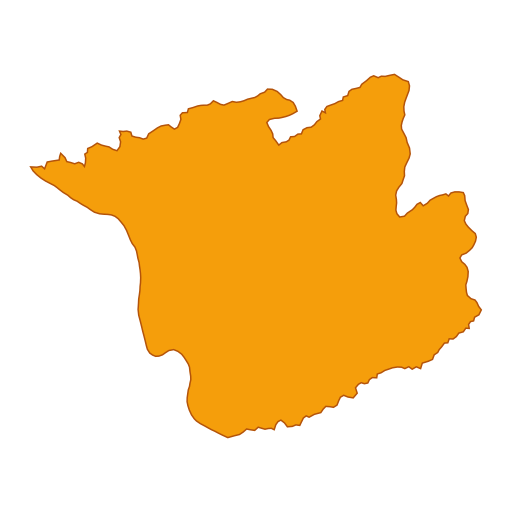 the district of Ibiaí, Minas Gerais, Brazil
{"feature_id": "56859067B65559545591496", "entity_name": "Ibiaí", "entity_type": "district", "adm_level": 2, "iso_a3": "BRA", "parent_name": "Brazil", "parent_adm1": "Minas Gerais", "projection": "mercator", "projection_center": [-44.794, -16.832], "detail": "fine", "context": "isolated", "style": "filled", "palette": "amber", "viewbox_px": 512, "rotation_deg": 0, "n_neighbors": 0, "source": "geoboundaries", "source_scale": "gbopen_adm2", "svg_char_len": 4819}
<svg xmlns="http://www.w3.org/2000/svg" viewBox="0 0 512 512"><path d="M227.8,437.6L234.2,435.8L239.5,434.5L243.1,432.1L246.6,429.0L250.0,429.7L254.7,430.4L258.2,427.2L261.8,428.3L265.0,429.2L268.2,428.5L271.3,428.3L274.2,429.7L275.8,424.7L278.0,421.6L280.9,420.1L284.5,422.9L287.4,426.8L292.3,426.4L295.9,424.9L299.8,425.4L301.3,422.2L303.4,418.0L306.2,415.9L309.1,417.2L314.4,414.3L320.8,412.6L323.2,409.1L325.8,406.4L329.9,406.7L333.5,407.3L337.0,405.1L338.8,400.5L340.4,397.2L343.7,395.3L347.9,397.0L353.2,397.9L357.2,393.2L355.5,387.8L358.4,384.3L361.2,382.7L364.4,383.7L367.8,383.0L369.4,379.6L372.3,377.6L376.7,377.8L377.3,374.0L381.0,372.8L384.9,370.4L388.5,369.2L392.5,367.8L397.4,367.0L401.6,367.2L404.8,368.6L408.8,366.7L412.2,369.2L416.3,366.8L420.6,368.6L422.3,363.1L428.2,361.3L432.5,359.4L434.2,354.8L437.7,352.5L439.2,349.6L441.6,346.9L444.4,343.1L447.8,342.8L449.2,338.8L453.1,339.0L456.4,336.5L458.8,333.1L463.3,331.8L465.8,328.2L469.2,328.4L468.6,324.4L470.5,321.6L473.6,320.9L474.6,317.2L478.9,314.8L481.3,309.9L478.6,306.3L477.0,302.7L475.0,300.0L471.0,298.7L467.4,295.5L466.5,292.3L466.1,288.7L465.8,284.9L466.9,281.4L467.9,276.7L468.2,271.5L467.0,267.3L464.8,264.3L461.7,261.7L459.9,258.0L461.7,254.9L466.2,253.1L469.6,250.3L472.2,247.7L473.8,244.9L475.5,241.2L476.3,237.2L475.3,233.6L471.9,230.7L468.3,227.1L465.9,224.1L464.3,220.7L465.3,216.3L467.8,213.5L468.4,209.5L466.7,205.1L465.1,200.6L464.7,195.7L463.3,192.6L459.2,191.9L454.7,191.9L450.9,193.0L448.5,196.0L445.9,193.9L442.6,194.9L439.6,195.5L436.4,196.7L432.9,198.6L430.1,200.2L427.4,203.2L423.2,205.8L420.3,202.5L417.0,204.3L414.8,207.2L412.4,209.7L407.3,213.1L404.5,216.2L399.7,217.0L396.9,213.7L395.9,210.2L396.2,206.3L396.6,203.0L396.4,199.5L395.7,195.1L396.6,190.9L398.8,187.3L401.9,183.5L403.3,179.2L404.5,175.8L404.3,171.4L404.8,167.0L406.7,162.9L409.1,158.0L410.2,153.9L409.5,148.0L407.1,142.3L406.1,137.7L404.0,133.6L401.6,129.1L401.3,125.5L402.1,121.8L403.3,118.3L404.8,114.9L404.0,111.1L403.8,106.7L404.7,102.1L406.1,98.2L407.5,94.5L409.0,90.5L409.5,85.9L408.3,81.6L402.8,79.8L399.2,77.4L394.5,74.4L389.9,75.3L385.2,76.4L381.3,76.2L378.2,77.7L373.7,75.8L370.4,77.2L366.5,80.7L361.7,84.3L360.0,87.4L356.2,88.4L351.9,89.3L349.0,91.4L347.7,95.6L343.3,97.0L342.6,100.4L338.5,101.6L334.9,103.6L330.6,105.1L326.9,106.5L324.8,109.4L325.4,112.8L322.0,111.0L319.8,115.7L320.5,119.0L316.9,121.6L314.4,124.8L311.2,127.2L307.0,127.7L303.1,129.7L301.4,133.9L297.9,134.1L294.6,136.5L290.6,136.8L289.0,140.1L286.3,141.8L281.9,142.6L278.8,145.1L275.6,140.6L273.1,137.6L272.7,133.9L271.1,130.4L268.5,126.5L266.8,122.5L269.4,119.5L274.4,118.3L278.9,118.1L282.3,117.4L285.9,116.5L289.4,115.3L292.8,113.7L297.1,111.2L295.4,106.3L293.2,102.5L289.7,100.2L286.6,99.5L283.3,97.6L280.7,94.6L277.1,91.4L272.3,89.3L267.5,89.1L264.6,92.2L260.2,93.8L257.7,95.9L254.8,97.5L251.7,98.2L247.6,99.2L243.8,100.8L240.3,101.8L236.4,102.3L232.3,101.5L228.5,103.2L224.0,105.1L220.6,104.4L217.0,102.5L213.4,100.8L210.3,103.9L207.2,105.2L204.0,105.2L200.8,105.4L197.6,106.0L192.9,107.6L188.4,108.8L187.4,112.5L182.4,112.8L180.2,115.3L180.9,119.4L179.4,123.6L177.6,127.4L174.4,129.1L171.1,126.9L168.5,124.8L165.3,125.2L161.1,126.0L157.4,127.9L153.4,130.7L148.7,133.8L146.7,138.1L143.2,139.1L139.5,137.7L135.7,137.2L131.9,136.0L130.8,132.2L126.8,131.1L123.1,131.5L119.5,131.1L120.9,134.5L119.2,137.6L120.6,141.8L119.9,146.7L117.0,150.7L112.7,149.3L109.0,146.9L105.7,146.2L101.5,145.1L97.2,143.1L91.9,146.7L87.7,148.5L87.4,152.4L84.8,154.1L85.7,158.2L85.4,162.9L84.4,166.5L82.4,163.9L78.7,162.3L74.7,163.8L70.6,162.5L66.8,161.6L65.0,157.6L60.7,153.3L59.7,156.4L59.2,160.0L55.9,160.5L51.9,161.1L47.2,162.0L44.6,168.8L41.6,166.2L36.9,167.2L30.7,166.9L33.1,170.9L36.7,174.6L41.0,178.1L45.7,181.1L50.7,183.7L54.2,185.5L56.8,187.4L59.5,189.6L63.3,192.5L67.8,195.2L70.6,197.7L73.6,199.7L77.1,201.2L80.3,203.4L83.1,205.1L87.0,207.2L90.5,209.7L94.4,212.2L99.6,213.8L103.7,214.2L107.7,214.4L111.4,214.9L115.0,216.3L118.2,218.7L121.1,222.1L124.0,225.7L126.6,230.5L128.8,235.9L130.4,239.9L132.2,243.5L135.0,247.2L136.5,251.0L137.2,254.4L137.9,258.2L139.1,262.6L139.5,266.1L140.1,270.0L140.5,273.8L140.7,277.8L140.5,282.9L140.1,286.4L139.9,290.7L139.3,295.2L138.7,299.1L138.5,303.4L138.1,309.5L138.7,315.1L140.3,321.2L141.7,326.8L142.7,331.1L143.9,335.6L145.3,341.2L146.4,345.8L147.4,349.3L149.8,353.1L152.5,355.0L155.6,356.3L158.9,356.1L162.5,354.8L165.6,352.6L168.9,350.5L173.7,349.6L178.0,351.4L181.7,354.2L184.1,357.3L186.1,360.4L188.3,364.0L189.5,367.1L190.0,371.7L190.7,376.2L190.8,379.7L190.0,383.2L189.5,386.4L188.3,389.9L187.8,393.4L187.2,397.7L187.1,401.7L187.9,405.6L189.3,410.0L191.5,414.8L194.3,418.8L196.5,421.0L200.3,423.6L205.0,426.1L208.2,427.9L211.5,429.7L214.6,431.1L218.0,432.9L222.4,435.1L227.8,437.6Z" fill="#f59e0b" stroke="#b45309" stroke-width="1.5"/></svg>